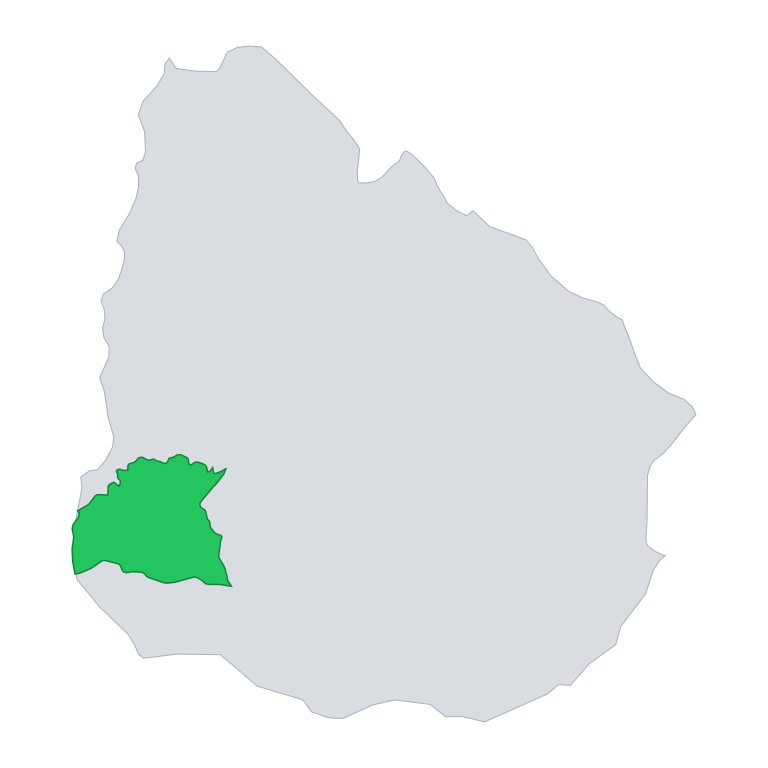 Soriano on a map of Uruguay (Robinson projection)
{"feature_id": "URY-11", "entity_name": "Soriano", "entity_type": "Department", "adm_level": 1, "iso_a3": "URY", "parent_name": "Uruguay", "parent_adm1": "", "projection": "robinson", "projection_center": [-57.662, -33.492], "detail": "fine", "context": "in_parent", "style": "filled", "palette": "green", "viewbox_px": 768, "rotation_deg": 0, "n_neighbors": 0, "source": "natural_earth", "source_scale": "10m", "svg_char_len": 4338}
<svg xmlns="http://www.w3.org/2000/svg" viewBox="0 0 768 768"><path d="M665.3,555.4L659.5,560.6L653.2,570.4L645.6,593.9L620.8,626.3L615.7,644.6L589.2,663.8L570.5,685.3L558.4,684.7L547.5,693.9L484.6,721.9L462.2,716.6L445.6,716.7L430.2,704.4L394.9,699.9L372.8,704.9L343.0,718.4L334.1,718.2L327.6,717.5L311.6,711.9L302.9,699.9L257.2,686.1L220.4,654.7L176.9,654.1L143.6,658.2L138.4,654.1L135.1,646.0L128.2,634.4L99.4,606.7L76.8,579.2L72.3,552.2L75.3,522.7L82.0,487.9L80.8,477.1L89.2,470.9L97.5,469.6L105.4,460.6L112.6,447.0L113.8,436.7L108.2,417.6L104.3,390.9L99.7,377.7L108.9,356.7L109.2,346.5L103.9,337.6L102.5,328.3L104.9,318.9L104.4,309.8L101.0,301.1L103.5,293.9L112.0,288.2L118.3,279.4L122.4,267.6L124.5,258.6L124.6,252.4L122.1,246.6L116.9,241.0L119.3,230.1L129.3,213.7L135.8,199.1L138.7,186.4L138.5,176.2L135.2,168.3L136.6,163.1L142.8,160.3L145.5,152.0L144.6,131.5L138.2,114.6L143.1,101.2L157.1,85.7L164.4,73.2L165.0,63.7L169.4,58.2L176.1,68.5L196.1,71.2L216.1,71.6L219.4,69.0L227.3,52.1L237.7,47.3L249.0,46.1L261.4,46.9L274.6,58.1L311.7,94.5L338.9,119.8L347.2,131.8L354.4,140.7L359.8,149.0L357.4,170.7L357.6,180.2L358.9,182.9L365.1,183.1L374.4,181.6L382.2,177.0L388.3,170.0L394.3,164.3L399.2,161.3L400.9,156.7L403.7,152.0L406.6,150.9L412.0,154.5L424.6,166.8L434.4,178.3L436.8,184.8L440.5,191.6L444.6,197.6L447.4,203.4L456.9,210.9L466.6,215.7L473.1,210.8L489.5,226.5L525.8,239.7L532.4,247.6L538.6,258.9L551.1,276.0L568.6,291.4L582.7,297.9L596.2,301.6L603.8,305.0L608.9,310.9L617.1,317.3L622.3,319.6L624.0,325.3L629.2,337.8L634.6,353.5L640.5,368.1L653.6,382.1L668.3,393.0L683.7,399.2L692.3,406.8L695.9,414.7L685.3,426.5L673.9,441.4L663.7,453.0L653.3,461.2L649.9,466.8L647.5,475.5L647.0,521.5L645.9,538.7L646.6,543.3L648.0,546.3L654.4,550.9L662.1,554.7L665.3,555.4Z" fill="#d9dde1" stroke="#a8b0b8" stroke-width="1"/><path d="M75.0,574.0L72.7,561.4L72.1,549.3L73.7,537.3L73.3,534.4L72.6,531.6L72.2,528.7L72.8,525.4L74.4,522.7L78.4,517.4L79.2,514.3L78.4,511.6L77.6,510.9L88.8,504.3L95.1,496.0L97.3,494.7L102.9,494.7L106.2,495.2L107.5,494.6L108.1,492.2L108.1,486.9L108.5,485.5L109.7,484.3L113.7,482.2L115.1,483.0L117.0,484.9L117.7,485.0L118.9,486.1L119.8,484.9L120.3,482.5L120.1,480.2L119.8,480.0L118.3,478.6L117.6,477.8L117.6,476.7L117.7,475.5L117.7,474.5L116.4,471.7L116.4,470.8L117.6,469.7L119.6,469.2L121.2,469.6L122.9,470.3L124.9,470.5L127.6,469.9L128.0,468.7L127.8,467.0L128.2,464.9L129.4,463.7L132.9,462.8L134.6,462.1L136.3,460.6L137.5,459.0L138.9,457.8L141.0,457.2L143.0,457.5L146.3,459.5L148.1,460.1L149.6,460.1L152.0,459.3L153.4,459.2L154.7,459.5L156.4,460.8L160.0,461.6L164.4,463.5L166.7,463.0L167.6,461.9L168.8,458.8L169.6,458.2L173.5,457.1L174.4,456.7L176.6,455.1L179.1,454.6L181.7,455.0L186.9,457.7L188.0,458.6L188.4,459.6L188.4,461.2L188.6,462.9L189.2,464.3L190.4,464.9L191.8,464.5L194.2,462.7L195.6,462.1L196.9,462.0L198.1,462.2L202.9,463.8L205.0,464.9L206.4,466.6L207.7,472.1L209.5,471.6L211.4,469.5L212.6,467.7L213.3,471.5L213.9,473.0L215.3,473.6L216.6,473.3L221.9,471.0L224.8,469.2L225.8,468.8L224.2,473.2L223.5,474.5L215.1,485.2L213.5,486.5L201.2,501.2L199.9,503.5L199.9,504.7L200.0,505.6L200.3,506.4L200.6,507.0L201.1,507.5L204.1,509.5L204.6,509.9L205.1,510.4L205.4,511.0L205.7,511.7L207.0,517.7L207.2,518.4L207.6,519.0L209.5,521.5L209.6,521.9L209.9,523.7L210.0,525.4L210.1,526.4L210.4,527.3L210.7,527.9L211.2,528.4L211.7,528.9L214.1,532.2L215.1,533.1L216.3,533.9L217.0,534.2L220.2,535.1L220.9,535.5L221.4,536.0L221.8,536.9L221.8,537.7L221.6,538.5L221.3,539.2L221.0,539.8L220.8,540.5L220.6,541.3L218.8,555.0L218.7,556.8L218.9,557.2L219.1,557.7L223.9,566.1L225.3,569.4L225.5,570.2L225.8,572.3L226.3,573.9L226.6,574.7L226.9,575.7L227.4,579.2L227.8,580.6L228.1,581.3L228.4,581.9L230.5,584.7L231.4,586.3L219.2,584.4L209.6,584.4L206.2,583.9L205.6,583.6L203.4,581.9L201.4,580.0L199.2,578.7L196.7,577.5L194.5,576.9L174.4,582.4L167.3,583.1L164.0,582.8L148.0,577.3L146.9,576.5L146.4,576.0L145.6,575.0L145.8,575.2L145.6,574.9L145.3,574.5L144.7,573.9L143.8,573.3L142.3,572.4L141.1,572.1L131.9,571.8L128.4,572.5L126.4,572.6L125.2,572.4L124.2,572.2L123.7,571.9L123.4,571.6L123.0,571.3L122.6,570.8L121.9,569.6L121.6,568.9L121.2,567.5L120.6,566.2L120.3,565.6L119.5,564.7L118.9,564.0L105.7,560.6L103.7,560.4L101.8,560.9L90.9,568.5L80.4,572.9L78.8,573.4L75.0,574.0L75.0,574.0Z" fill="#22c55e" stroke="#15803d" stroke-width="1.5"/></svg>